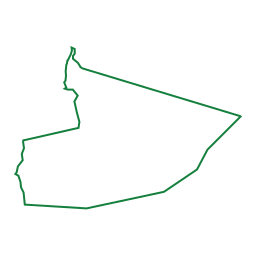 Sulphur Springs, Soufrière, Saint Lucia
{"feature_id": "8701671B77198875782479", "entity_name": "Sulphur Springs", "entity_type": "district", "adm_level": 2, "iso_a3": "LCA", "parent_name": "Saint Lucia", "parent_adm1": "Soufrière", "projection": "mercator", "projection_center": [-61.049, 13.841], "detail": "fine", "context": "isolated", "style": "outline", "palette": "green", "viewbox_px": 256, "rotation_deg": 0, "n_neighbors": 0, "source": "geoboundaries", "source_scale": "gbopen_adm2", "svg_char_len": 707}
<svg xmlns="http://www.w3.org/2000/svg" viewBox="0 0 256 256"><path d="M67.4,60.6L67.0,63.0L66.9,63.7L66.3,64.9L65.9,69.3L65.7,70.7L65.7,71.4L66.0,75.9L65.5,80.3L65.4,80.8L64.2,82.4L66.3,87.6L64.8,88.6L67.8,89.6L72.8,89.6L77.7,95.6L76.8,97.2L74.4,101.5L76.9,112.6L79.4,121.9L78.5,127.9L70.8,129.6L23.3,140.4L23.1,142.0L24.0,148.2L21.8,154.0L22.7,160.2L17.9,166.4L16.7,172.2L15.4,174.0L18.4,175.7L20.5,182.0L21.0,187.3L23.6,192.6L24.4,200.6L24.8,204.6L86.5,208.4L164.0,191.8L197.0,169.5L207.5,149.6L240.6,116.5L240.1,116.1L82.5,68.4L80.4,67.1L80.4,66.8L77.9,62.8L73.0,58.8L73.0,55.9L74.7,53.7L74.7,49.0L71.6,47.6L71.9,50.5L70.9,54.1L67.7,60.6L67.4,60.6Z" fill="none" stroke="#15803d" stroke-width="2"/></svg>